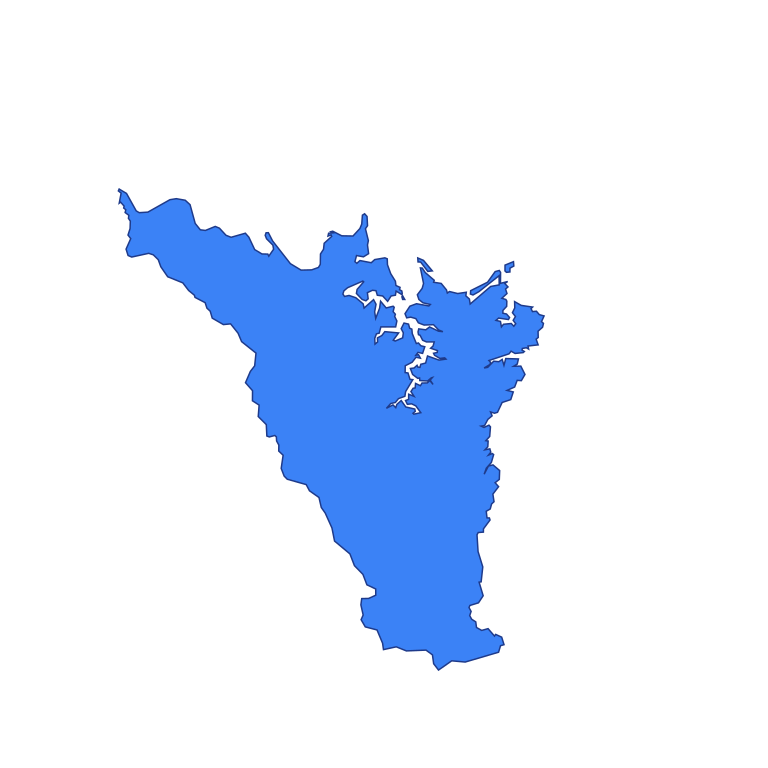 Hornsby, New South Wales, Australia (Robinson projection), rotated 334°
{"feature_id": "25037944B15233431502175", "entity_name": "Hornsby", "entity_type": "district", "adm_level": 2, "iso_a3": "AUS", "parent_name": "Australia", "parent_adm1": "New South Wales", "projection": "robinson", "projection_center": [151.145, -33.572], "detail": "fine", "context": "isolated", "style": "filled", "palette": "blue", "viewbox_px": 768, "rotation_deg": 334, "n_neighbors": 0, "source": "geoboundaries", "source_scale": "gbopen_adm2", "svg_char_len": 6169}
<svg xmlns="http://www.w3.org/2000/svg" viewBox="0 0 768 768"><g transform="rotate(334 384 384)"><path d="M231.4,92.7L229.9,94.0L231.4,97.2L225.3,105.4L227.0,105.1L228.4,110.2L227.2,111.7L228.3,114.2L226.5,116.4L228.6,120.5L226.9,123.1L227.4,126.4L223.9,133.0L219.2,137.9L220.1,142.3L211.3,149.7L210.3,156.3L212.9,159.3L229.8,163.4L233.3,166.8L235.6,173.3L234.8,180.8L236.6,192.8L247.5,204.9L249.4,214.3L252.5,221.1L252.1,223.3L258.9,232.5L258.1,238.2L259.7,242.4L258.5,249.5L265.7,260.2L272.5,262.7L275.1,274.4L274.6,283.5L282.5,300.1L275.7,311.0L269.4,314.1L260.1,322.1L262.9,332.4L258.4,341.4L262.5,348.2L256.7,358.1L260.4,368.9L255.9,379.4L257.7,381.3L263.3,382.4L264.1,384.3L262.5,388.1L262.7,392.8L260.0,398.1L262.1,403.8L254.6,414.8L253.9,423.0L255.3,427.2L270.0,440.3L270.2,447.3L275.8,457.5L273.5,467.5L274.6,474.2L274.1,490.6L270.7,503.5L278.9,521.8L277.8,534.3L281.6,545.9L280.6,557.0L286.7,564.6L284.0,570.2L276.2,570.0L269.9,567.1L266.4,572.4L264.0,582.5L260.1,585.8L260.7,594.1L269.9,602.0L269.1,616.3L267.1,622.5L279.8,625.6L287.1,633.7L305.1,641.6L308.8,648.7L306.0,657.2L307.6,665.0L323.5,662.5L335.1,669.5L369.4,675.3L374.0,670.3L377.6,670.9L378.8,663.1L374.6,658.0L372.8,659.0L370.3,649.5L363.8,648.3L360.4,643.4L362.2,638.0L359.7,633.9L359.5,629.7L362.6,626.6L362.4,622.2L364.1,620.7L373.0,622.1L380.3,617.8L382.6,603.8L384.6,604.4L392.6,591.7L395.1,575.8L401.5,560.3L403.6,558.8L408.4,560.7L409.9,557.8L419.7,552.7L420.0,550.6L417.9,549.5L420.1,543.2L424.7,542.9L428.1,539.0L431.3,538.0L433.6,530.7L442.0,526.5L440.6,521.4L445.8,520.3L450.0,512.5L446.5,504.5L441.9,503.5L434.5,509.0L439.1,504.5L446.1,501.6L451.6,495.5L450.9,494.0L446.7,493.7L450.1,492.1L450.7,488.7L445.9,487.4L449.8,485.9L452.6,480.9L450.7,479.6L456.0,477.5L460.9,469.2L460.3,467.0L454.8,466.9L452.8,464.4L456.2,465.4L461.9,461.3L467.2,460.0L467.5,455.8L470.5,458.7L473.6,459.2L482.1,452.4L491.1,453.6L496.7,447.8L491.8,443.7L500.1,444.0L505.3,439.1L508.9,441.2L514.9,437.2L514.8,427.9L508.3,424.9L512.5,424.5L515.8,420.4L504.6,414.5L500.0,419.8L501.0,413.7L497.0,414.3L492.6,411.6L484.5,414.5L481.0,413.5L487.9,412.9L489.3,411.1L488.6,408.9L509.6,411.7L512.6,410.2L515.2,414.0L522.9,416.8L524.4,416.3L522.9,414.1L523.9,412.7L527.8,413.8L529.3,416.0L530.1,413.0L539.7,416.4L540.4,410.4L543.0,409.8L545.6,404.1L551.4,402.5L553.9,399.4L552.9,397.0L557.7,393.0L554.0,389.7L552.9,385.4L549.2,384.0L549.2,380.7L551.3,380.0L541.8,373.5L537.5,367.2L534.9,372.9L530.7,376.2L531.7,381.0L528.0,383.4L528.8,387.6L526.0,389.0L524.9,385.4L517.6,382.7L514.6,384.1L516.1,378.8L512.5,375.9L515.9,375.0L524.1,380.6L526.0,379.3L524.8,374.8L521.9,372.5L523.1,370.0L528.3,368.0L530.7,363.4L530.6,361.5L527.5,358.6L534.2,356.6L534.9,351.9L538.0,351.1L536.6,346.6L540.1,346.1L532.8,344.6L537.7,334.8L537.4,332.5L533.2,331.7L521.7,337.9L502.8,338.1L501.1,341.0L503.0,343.0L509.9,342.6L534.9,337.1L531.0,345.4L522.6,343.1L496.5,349.9L498.0,345.1L496.2,340.6L498.2,337.6L489.9,335.0L483.4,329.6L480.8,330.0L481.4,326.8L479.5,318.7L473.2,314.3L474.6,312.8L469.9,301.8L469.2,296.6L467.6,295.6L463.6,311.0L460.2,314.8L453.1,318.4L452.4,323.3L454.6,328.1L460.5,332.8L458.5,333.5L448.4,326.1L441.4,325.4L433.7,330.0L433.4,334.5L437.3,335.6L441.3,339.2L441.7,344.1L445.9,348.6L454.5,352.4L456.8,359.4L459.9,362.8L456.2,360.5L450.0,352.7L445.3,353.6L439.4,349.7L437.4,352.1L436.6,354.8L437.8,356.0L437.9,361.6L440.6,364.8L447.6,368.2L444.7,371.4L441.6,372.3L446.7,377.4L445.7,379.0L442.0,378.1L442.0,380.3L445.4,385.5L450.0,387.1L450.6,388.8L444.0,386.7L435.4,377.9L430.6,383.4L425.7,382.4L423.6,384.8L421.8,383.6L421.9,381.7L418.0,382.8L414.5,381.6L413.9,388.0L416.8,393.7L418.6,394.2L417.7,396.6L424.5,400.4L429.2,399.2L430.3,399.4L427.2,400.7L427.9,405.9L426.7,401.0L423.4,402.0L418.6,399.8L416.0,401.5L412.6,397.3L410.3,401.2L408.3,400.6L404.9,402.6L405.6,408.3L401.7,404.0L399.4,408.6L396.1,408.3L396.1,412.5L400.1,413.9L403.0,417.6L404.5,425.9L397.6,424.2L397.2,423.0L400.1,422.3L400.7,420.0L393.5,414.2L392.2,406.4L386.6,408.0L384.2,410.4L382.9,406.7L375.5,406.9L381.5,404.5L386.1,405.6L390.6,403.5L397.4,404.2L400.1,400.3L411.8,392.7L409.4,391.2L410.4,384.6L408.0,383.0L411.1,376.9L418.8,376.8L424.5,374.0L428.0,376.7L427.9,372.8L425.3,372.1L428.4,370.5L432.1,373.4L437.0,368.4L433.9,365.8L432.9,362.2L430.8,361.8L431.5,351.1L433.1,346.9L431.5,345.1L432.3,340.9L428.7,338.0L423.7,341.8L423.8,346.5L421.0,350.7L412.9,350.3L411.5,348.7L419.5,344.5L407.7,337.3L403.3,339.5L398.3,339.7L396.7,343.4L393.4,344.2L395.7,338.9L399.2,335.6L402.0,336.2L406.2,331.3L419.5,337.8L423.2,333.0L423.2,328.0L424.8,326.3L423.9,323.0L426.8,319.5L426.3,318.1L419.3,316.6L417.2,308.1L413.3,313.9L405.3,321.4L407.2,315.1L411.8,308.8L411.6,303.6L399.4,307.0L400.4,302.8L396.5,294.1L391.4,289.1L386.9,288.0L386.5,285.1L388.8,282.7L393.5,281.5L410.1,282.2L410.5,283.3L401.3,287.2L398.9,290.5L401.4,298.4L404.2,301.3L407.1,300.5L409.1,294.6L414.7,294.7L417.7,296.6L416.9,301.3L421.4,304.3L423.5,311.3L429.0,308.0L433.2,309.2L435.6,305.8L439.2,311.4L440.1,310.6L440.8,308.2L439.3,306.0L440.8,304.2L437.9,300.7L439.3,296.6L438.4,287.8L439.4,278.3L441.8,272.9L440.1,271.0L430.2,268.1L425.7,269.4L416.5,262.5L412.5,263.6L411.5,261.3L415.6,256.5L421.3,260.7L427.3,260.1L430.1,251.8L432.8,248.3L435.4,236.3L438.6,234.5L442.2,226.0L441.2,222.5L438.6,222.8L434.1,230.5L430.5,233.7L421.0,237.4L411.0,232.3L404.9,224.2L403.0,223.8L404.2,225.7L400.3,224.2L398.5,226.5L401.8,226.8L401.7,228.4L391.9,231.3L388.7,236.4L383.9,239.3L379.2,248.5L376.2,250.5L369.0,249.7L359.4,245.3L352.6,234.8L346.6,206.6L346.4,197.3L344.3,196.4L342.4,198.3L342.1,202.0L345.0,210.5L343.8,214.5L336.5,218.6L336.5,216.3L331.3,213.6L326.7,206.5L326.9,192.8L325.5,187.7L310.9,185.1L307.2,181.1L304.4,171.8L301.4,168.4L290.8,167.7L286.5,164.9L284.7,156.9L288.3,137.8L285.9,131.7L278.6,126.4L272.4,124.5L247.1,126.0L239.1,122.7L237.2,119.8L236.1,99.8L231.4,92.7ZM470.4,290.5L472.7,302.0L477.0,303.5L473.7,290.2L469.6,285.5L468.1,289.2L470.4,290.5ZM542.3,335.4L543.0,337.3L546.3,338.5L548.0,335.1L552.4,334.9L554.0,330.8L544.9,330.2L542.3,335.4ZM437.8,316.2L439.7,317.1L439.4,312.6L438.3,313.5L437.8,316.2Z" fill="#3b82f6" stroke="#1e3a8a" stroke-width="1.5"/></g></svg>